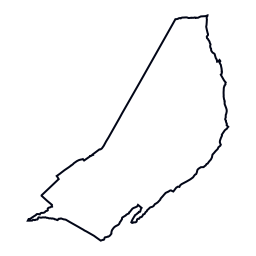 San Pablo del Monte, Tlaxcala, Mexico
{"feature_id": "50627088B8898417046672", "entity_name": "San Pablo del Monte", "entity_type": "district", "adm_level": 2, "iso_a3": "MEX", "parent_name": "Mexico", "parent_adm1": "Tlaxcala", "projection": "albers", "projection_center": [-98.142, 19.161], "detail": "fine", "context": "isolated", "style": "outline", "palette": "ink", "viewbox_px": 256, "rotation_deg": 0, "n_neighbors": 0, "source": "geoboundaries", "source_scale": "gbopen_adm2", "svg_char_len": 5791}
<svg xmlns="http://www.w3.org/2000/svg" viewBox="0 0 256 256"><path d="M226.4,122.9L225.9,121.5L225.9,121.0L226.0,120.9L226.0,120.7L225.3,119.7L225.2,119.4L225.2,119.2L225.3,118.6L225.8,117.1L225.7,116.7L225.7,116.3L225.8,114.8L225.9,114.5L226.2,113.9L226.7,111.6L226.7,110.4L226.6,109.5L226.1,107.9L225.5,106.3L224.8,104.5L224.6,103.8L224.6,103.6L224.7,103.1L224.7,102.9L224.5,101.4L224.7,101.2L224.0,99.1L223.8,97.7L223.7,96.8L223.6,96.2L223.7,95.5L223.6,93.5L223.6,92.0L223.7,90.4L223.7,90.0L223.8,88.0L224.0,87.1L224.2,86.6L224.4,86.3L224.5,85.5L224.9,85.2L225.5,84.3L225.4,83.4L225.4,83.0L225.5,82.7L225.7,82.4L224.7,81.3L223.8,80.0L220.8,74.7L221.7,73.8L221.7,73.5L221.6,73.1L221.7,72.8L222.0,72.1L221.7,71.4L221.9,71.3L221.7,69.6L221.5,68.9L221.6,68.6L221.4,67.7L221.2,66.9L220.8,64.8L220.0,63.6L219.5,62.4L220.3,61.3L220.3,61.1L220.0,60.6L219.5,60.0L219.1,60.5L218.6,61.0L217.9,61.5L217.1,61.7L216.8,59.8L216.5,59.2L215.8,58.1L215.0,55.4L214.8,54.5L214.6,54.0L213.8,53.3L212.9,52.8L212.4,52.4L212.1,51.9L211.6,51.3L211.2,50.4L211.1,50.1L211.1,49.5L211.1,48.9L211.0,48.5L210.4,47.7L210.3,47.1L210.2,46.7L210.2,45.4L210.5,44.6L210.5,44.3L210.4,44.0L210.2,43.7L209.8,42.8L209.5,41.6L209.1,40.8L208.6,40.3L208.2,39.4L207.9,38.9L207.3,38.5L207.0,38.1L206.9,37.5L206.8,36.6L207.1,36.1L207.8,35.4L208.0,34.9L208.0,34.4L208.0,34.0L207.7,33.4L206.9,30.1L206.2,26.8L206.3,26.0L206.5,25.1L206.7,22.6L206.8,20.5L206.9,19.7L206.9,19.3L206.8,19.0L206.7,18.5L206.7,17.5L206.8,16.9L207.4,16.0L207.5,15.6L207.5,15.4L205.7,16.1L204.6,16.2L201.2,16.4L200.6,16.5L199.6,17.0L199.1,17.2L198.2,17.7L197.4,17.8L197.0,17.8L196.3,17.7L196.1,17.7L195.8,18.0L195.5,18.0L195.3,17.8L195.3,17.6L194.8,17.5L193.5,17.8L193.0,17.8L192.5,17.8L191.6,17.7L191.3,17.9L190.7,17.8L189.4,18.0L188.4,18.0L187.5,17.6L186.7,17.4L185.9,17.4L184.1,17.5L183.5,17.5L182.0,17.6L181.8,17.7L181.3,17.9L181.0,18.1L180.8,18.3L180.5,18.1L180.1,18.0L179.8,18.2L179.1,18.2L178.7,18.3L177.8,18.9L177.3,18.9L176.9,19.1L175.4,19.2L172.0,25.3L139.6,82.7L122.1,113.3L119.6,117.9L108.5,137.5L106.1,141.4L103.8,145.7L101.9,148.4L100.6,149.3L99.7,149.5L99.4,149.4L92.6,154.5L92.9,155.0L91.2,155.6L90.9,156.0L90.1,156.0L90.1,156.3L84.1,160.5L82.9,159.1L82.6,159.3L81.1,159.5L79.2,160.0L78.5,160.3L76.9,161.1L73.9,163.2L73.2,163.9L73.0,164.2L72.1,164.8L71.7,165.2L71.3,165.3L71.1,165.6L70.6,165.8L70.4,166.1L68.3,167.6L64.6,170.1L61.2,172.7L60.1,173.6L56.7,176.0L57.6,177.2L58.0,178.0L58.7,179.1L41.6,195.3L41.6,195.8L47.1,200.8L51.9,204.8L51.8,205.1L51.7,205.6L52.1,206.2L52.1,206.6L51.3,206.6L50.6,207.2L49.1,207.6L48.4,207.9L48.1,208.2L47.7,208.7L47.8,210.3L47.3,210.7L46.2,211.0L45.6,211.3L44.8,212.2L43.9,212.7L42.6,212.9L41.3,212.9L40.4,213.4L39.8,214.4L37.9,214.0L36.6,214.2L36.4,214.5L36.1,214.9L35.4,215.3L34.8,215.8L34.0,216.2L33.2,216.8L32.3,217.3L31.2,218.2L30.5,218.5L29.8,219.0L28.7,219.0L28.4,219.4L28.3,219.7L27.8,220.7L29.6,220.7L30.8,220.6L31.8,220.6L32.3,220.5L33.1,219.8L33.6,219.8L34.7,220.1L35.2,220.0L36.0,219.6L36.8,219.5L37.3,219.5L37.6,219.3L37.7,219.1L38.1,218.1L38.5,217.4L38.8,217.3L39.1,217.3L39.7,217.5L40.9,217.7L41.9,217.6L42.5,217.4L43.4,217.4L44.4,217.5L44.8,217.4L45.1,217.3L45.6,217.3L46.4,217.8L47.4,217.8L48.4,218.1L48.8,218.3L49.3,218.4L49.9,218.3L50.3,218.3L50.7,218.3L51.5,218.6L52.2,218.4L52.7,218.6L53.9,218.7L54.1,218.8L54.4,219.1L54.8,219.3L55.1,219.4L55.6,219.3L56.0,219.5L56.7,219.9L57.6,220.1L57.9,219.8L58.2,219.2L59.0,218.7L59.4,218.9L59.7,218.9L59.9,218.7L60.4,218.5L60.8,218.6L61.3,218.5L61.8,218.7L62.3,218.9L63.9,219.4L65.0,219.5L66.0,219.8L69.4,221.8L78.6,227.0L79.8,227.7L80.3,228.0L82.6,229.3L83.8,230.0L84.1,230.3L86.5,231.5L94.0,235.8L96.6,237.7L100.7,240.6L101.2,240.4L101.5,240.4L102.5,239.9L103.4,239.9L104.0,239.6L104.2,239.3L104.5,238.0L104.9,237.4L105.6,237.2L106.7,237.1L107.7,236.6L108.2,236.7L109.1,236.2L110.2,235.3L110.8,234.4L111.4,233.7L111.4,232.3L111.8,230.7L112.3,229.7L113.7,227.8L114.6,226.9L116.0,226.0L117.6,225.2L118.3,224.8L119.2,223.9L119.3,223.6L119.6,223.1L119.8,222.3L120.1,221.9L120.4,221.7L120.8,221.0L121.2,220.5L121.5,219.8L121.9,219.4L122.0,218.3L122.2,217.6L123.8,216.6L125.8,215.4L126.3,214.7L127.6,214.0L128.9,213.4L129.1,212.4L129.9,211.9L130.7,210.8L131.6,209.7L132.4,208.7L133.5,208.0L135.6,207.2L137.2,206.4L138.0,204.9L141.6,207.9L140.9,209.0L140.3,211.3L140.0,211.8L139.6,211.9L139.2,211.9L138.8,211.9L138.3,212.9L137.6,213.1L136.8,214.0L136.1,214.5L135.3,215.0L134.8,215.4L134.7,216.0L134.2,216.6L133.5,217.8L132.4,219.7L131.6,221.5L131.3,222.3L132.1,222.9L132.9,222.8L133.6,222.3L135.0,222.4L135.7,222.2L136.4,221.8L136.7,221.2L137.1,219.4L137.9,218.8L138.8,218.9L139.3,218.5L139.7,217.6L140.4,217.2L141.2,217.1L141.9,216.7L142.8,215.3L143.2,214.4L144.1,214.2L144.6,213.9L145.1,213.0L145.6,212.1L146.2,211.7L146.8,211.2L147.1,210.3L149.0,208.6L149.8,207.7L150.8,207.2L152.3,206.8L153.5,206.1L154.1,205.2L154.9,204.1L155.9,203.6L157.7,202.4L158.9,201.1L160.3,199.6L160.6,198.6L163.4,195.5L164.0,194.7L164.8,193.9L165.6,192.9L166.8,192.4L167.5,191.9L168.4,191.7L169.0,191.2L170.2,190.5L171.0,190.4L172.3,191.1L173.3,191.5L174.2,190.4L175.2,189.0L176.3,187.6L178.0,186.6L179.4,186.9L180.1,185.4L181.5,184.2L186.6,181.5L189.9,179.6L191.1,178.8L193.1,177.3L194.1,175.8L195.0,174.7L196.2,174.0L196.8,172.5L197.4,170.0L198.3,168.9L199.3,168.2L200.9,167.2L203.6,167.1L204.4,166.3L205.6,165.5L206.6,164.0L207.6,163.6L209.1,161.5L210.9,159.5L211.9,157.5L212.5,154.6L214.0,153.0L215.5,151.2L217.7,149.0L218.4,147.3L220.3,145.7L220.8,144.7L220.5,144.2L219.8,142.1L220.0,140.6L220.9,138.0L222.0,135.6L221.8,134.7L223.1,132.8L224.8,130.3L226.0,129.3L226.8,128.8L227.7,127.4L227.8,127.1L228.2,126.8L227.4,126.0L227.1,125.6L226.7,125.3L226.8,124.9L226.7,124.3L226.7,123.9L226.8,123.8L226.7,123.5L226.4,122.9Z" fill="none" stroke="#020617" stroke-width="2"/></svg>